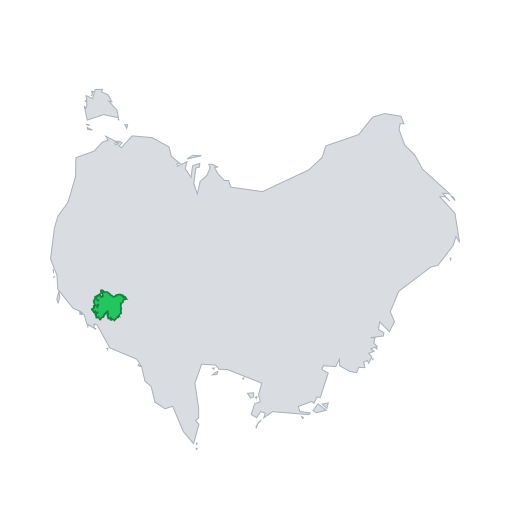 Central Highlands (Qld), Queensland, Australia (highlighted), rotated 173°
{"feature_id": "25037944B88333903625107", "entity_name": "Central Highlands (Qld)", "entity_type": "district", "adm_level": 2, "iso_a3": "AUS", "parent_name": "Australia", "parent_adm1": "Queensland", "projection": "albers", "projection_center": [148.529, -24.063], "detail": "fine", "context": "in_parent", "style": "filled", "palette": "green", "viewbox_px": 512, "rotation_deg": 173, "n_neighbors": 0, "source": "geoboundaries", "source_scale": "gbopen_adm2", "svg_char_len": 9206}
<svg xmlns="http://www.w3.org/2000/svg" viewBox="0 0 512 512"><g transform="rotate(173 256 256)"><path d="M349.6,90.7L357.0,117.0L364.9,115.5L374.1,123.2L376.0,139.5L381.4,145.0L383.0,160.2L386.9,168.1L412.3,182.6L422.1,206.9L424.9,208.2L425.4,203.9L430.8,208.3L431.6,206.2L433.7,218.5L436.9,222.3L443.8,226.2L456.8,247.3L455.9,261.2L460.3,278.0L452.6,308.7L447.7,319.7L436.1,332.2L425.4,356.9L422.8,375.5L403.8,379.9L394.5,387.9L388.7,388.7L390.5,393.2L381.2,386.7L382.5,385.1L381.8,383.5L380.2,383.5L377.2,386.4L374.9,384.7L378.5,381.9L376.4,379.9L364.3,390.3L344.8,386.2L329.0,374.8L327.9,365.3L320.3,357.1L323.3,357.2L323.1,354.6L313.0,358.0L315.6,351.3L310.9,342.1L308.0,353.1L300.5,354.8L301.4,351.1L304.9,350.8L308.9,335.7L306.7,324.7L302.4,336.8L295.1,341.8L290.6,349.3L291.7,352.7L288.6,352.5L283.3,349.1L286.4,348.8L283.6,342.1L278.1,334.8L274.0,334.2L272.6,327.4L241.7,319.1L193.0,335.1L178.4,345.7L173.3,356.8L139.3,364.0L123.4,379.6L110.9,381.7L95.1,377.1L93.1,369.2L96.8,369.7L98.6,364.1L94.9,347.9L86.1,336.9L80.2,322.0L55.9,293.8L63.2,295.6L56.9,286.7L61.0,291.9L66.3,292.4L53.3,274.1L52.3,244.7L55.2,250.9L59.1,242.3L76.5,224.6L83.9,223.7L118.6,203.6L129.5,184.4L126.6,173.8L132.8,164.7L141.3,175.5L143.4,168.2L138.4,164.3L139.2,161.1L152.0,160.9L147.9,160.4L149.7,155.2L146.7,151.5L153.4,149.8L150.4,147.1L156.0,145.7L153.3,141.6L157.3,135.7L158.2,138.7L162.1,137.6L161.5,131.9L167.5,133.0L170.4,127.9L177.0,130.1L186.3,136.8L185.8,143.4L190.4,136.5L202.5,138.9L204.4,135.2L198.6,131.0L209.5,107.6L212.4,108.7L216.5,102.7L218.4,104.8L232.4,101.5L231.4,96.3L221.4,93.6L222.8,92.1L258.4,99.5L268.0,94.5L265.9,99.0L270.4,101.0L275.1,95.4L280.0,99.3L275.4,109.4L269.5,110.8L270.4,117.8L265.9,129.2L298.1,146.7L306.5,148.1L309.4,152.7L323.2,155.2L332.1,137.3L331.5,112.0L332.6,102.4L336.0,100.0L333.1,95.9L340.9,77.3L349.6,90.7ZM375.6,409.9L390.0,414.9L407.0,411.4L408.2,426.0L407.0,423.3L405.3,426.4L405.0,435.9L399.0,432.1L395.3,440.8L388.0,440.2L389.4,437.8L383.0,433.8L380.3,426.5L383.2,427.7L376.2,417.6L375.6,409.9ZM205.1,94.4L215.0,93.1L218.4,95.5L212.5,101.7L205.1,94.4ZM297.9,362.2L312.6,360.6L306.5,363.6L297.9,362.2ZM278.7,115.6L281.2,120.8L274.9,120.5L275.6,116.5L278.7,115.6ZM456.0,244.9L455.8,238.6L458.2,233.5L459.0,237.3L456.0,244.9ZM402.9,400.9L407.7,402.1L407.9,404.1L402.9,400.9ZM204.3,96.1L208.5,100.9L202.1,101.4L204.3,96.1ZM370.2,402.4L367.4,401.9L368.8,398.4L370.2,402.4ZM313.7,143.3L310.9,145.1L308.0,146.2L309.2,143.1L313.7,143.3ZM55.5,292.4L52.6,290.0L51.7,287.3L52.0,287.1L55.5,292.4ZM406.8,406.1L408.7,407.5L405.1,406.4L406.8,406.1ZM435.7,219.4L437.8,219.4L437.8,222.2L435.7,219.4ZM383.7,160.0L386.3,161.6L385.9,162.6L383.7,160.0ZM398.9,437.2L399.1,439.6L397.3,438.9L398.9,437.2ZM459.0,263.7L459.0,267.1L458.8,267.0L459.0,263.7ZM230.3,91.1L228.5,89.9L229.5,89.0L230.3,91.1ZM276.6,86.8L274.4,89.7L276.9,84.8L276.6,86.8ZM459.4,259.5L458.4,260.6L459.1,259.4L459.4,259.5ZM284.3,135.9L283.0,136.6L283.6,135.2L284.3,135.9ZM273.9,115.9L272.2,116.3L273.1,114.5L273.9,115.9ZM63.5,227.9L63.5,230.1L62.8,230.2L63.5,227.9ZM337.9,76.2L337.9,78.1L337.2,76.8L337.9,76.2ZM380.2,384.4L380.6,385.5L380.1,385.2L380.2,384.4ZM273.8,90.5L270.7,92.7L273.9,90.0L273.8,90.5ZM153.1,138.9L152.1,140.4L152.6,138.8L153.1,138.9ZM399.9,435.5L399.0,436.0L399.5,435.1L399.9,435.5ZM312.7,149.9L310.9,149.9L311.8,148.8L312.7,149.9ZM148.3,149.7L147.5,150.5L147.2,148.9L148.3,149.7ZM406.6,430.6L405.4,431.3L405.8,430.0L406.6,430.6ZM338.8,71.2L338.7,72.5L337.7,71.9L338.8,71.2ZM379.5,385.9L380.8,387.0L378.7,386.7L379.5,385.9ZM415.3,182.5L414.2,182.6L414.6,181.1L415.3,182.5ZM424.4,203.7L423.8,203.7L424.3,202.5L424.4,203.7ZM376.2,408.2L375.8,409.0L375.5,407.9L376.2,408.2Z" fill="#d9dde1" stroke="#a8b0b8" stroke-width="1"/><path d="M425.0,221.9L424.4,221.4L424.4,221.2L424.2,221.2L424.0,220.8L423.9,220.7L424.0,220.0L423.9,219.8L423.7,219.7L423.1,219.9L422.6,220.3L422.3,219.7L423.0,219.3L422.6,218.6L422.2,218.8L422.2,219.0L421.9,219.3L421.8,219.2L421.5,219.2L421.4,218.9L421.1,218.9L421.0,218.3L422.2,218.0L422.3,218.1L422.6,217.8L422.5,217.0L422.4,216.8L422.0,216.9L422.2,216.0L422.0,215.9L421.8,216.0L421.8,215.7L421.7,215.6L421.9,215.4L421.9,215.0L422.1,214.5L422.1,214.3L421.4,214.0L421.1,214.3L419.9,214.6L419.7,214.5L419.7,214.3L419.8,214.2L419.7,213.9L419.2,213.4L419.1,213.2L419.1,212.7L419.0,212.3L418.9,212.0L418.7,212.0L418.5,211.8L418.1,211.8L418.1,212.0L417.7,212.5L417.2,212.9L416.8,213.7L416.0,213.9L415.9,213.8L415.2,213.8L415.0,214.1L414.5,214.2L414.4,214.6L414.6,214.6L414.6,214.8L414.8,214.9L414.8,215.1L414.5,215.4L414.2,215.5L414.2,215.9L413.9,215.9L413.9,216.1L413.6,216.1L413.4,216.0L413.2,216.2L413.1,216.4L413.3,216.8L413.3,217.2L412.9,217.4L412.6,217.1L412.4,217.1L412.4,217.4L412.2,217.5L412.1,217.4L412.0,217.1L411.7,217.1L411.6,217.3L411.7,217.5L411.4,217.7L411.3,217.9L411.6,218.1L411.4,218.2L411.1,218.5L410.9,218.5L410.9,218.9L410.7,219.2L410.5,219.3L410.4,219.2L410.2,219.4L409.8,219.4L409.8,218.9L410.3,218.5L410.0,217.8L410.2,217.4L410.0,217.1L409.5,216.9L409.6,216.4L410.4,215.8L410.2,215.7L410.8,214.8L410.3,214.5L410.2,214.5L410.4,214.0L410.6,213.2L410.4,213.2L410.4,212.8L410.1,212.9L410.0,212.7L409.9,212.3L410.0,211.8L409.1,211.7L407.7,212.6L407.4,212.1L407.2,211.8L407.7,211.3L407.8,211.0L408.0,211.0L408.2,210.8L408.2,210.5L407.9,210.1L406.8,210.2L406.7,210.7L406.2,210.8L405.9,210.7L405.5,210.5L405.0,210.2L404.9,209.9L404.6,209.7L404.5,209.3L404.3,209.5L404.2,209.8L403.4,210.0L403.2,210.5L402.7,210.8L402.5,210.7L402.2,210.9L401.8,211.6L401.2,211.9L401.2,212.2L400.8,212.2L400.8,212.3L400.6,212.4L400.4,212.2L400.2,212.0L400.1,212.3L400.0,212.8L399.8,212.8L399.7,212.9L399.8,213.1L399.7,213.3L399.2,213.0L399.4,213.5L399.0,213.7L399.0,214.1L398.9,214.2L398.5,214.6L398.1,214.9L397.6,215.4L396.9,215.4L396.7,215.6L396.7,216.0L397.0,216.4L396.9,216.6L397.0,216.9L396.9,216.9L397.0,217.2L396.7,217.6L396.7,218.2L396.6,218.4L396.7,218.5L396.7,218.4L396.8,218.5L396.9,219.1L396.7,219.3L396.3,219.4L396.2,219.7L396.3,219.9L396.1,220.1L396.2,220.4L396.1,220.6L396.2,220.8L396.1,221.6L396.1,221.9L396.4,222.1L396.5,222.4L396.4,222.6L396.5,223.4L396.2,223.8L395.9,223.9L395.8,224.2L395.9,224.3L396.0,224.6L395.9,224.7L396.0,224.9L395.9,225.2L396.0,225.5L395.2,225.6L394.8,225.8L394.5,225.9L394.4,226.1L394.0,226.3L393.6,226.4L393.6,226.9L393.5,227.0L393.4,227.4L393.4,227.8L393.1,228.2L392.8,228.3L392.7,228.7L392.2,228.8L392.1,229.1L391.7,229.1L391.4,229.3L391.3,228.9L390.9,228.8L390.6,229.1L390.4,229.1L390.0,229.3L389.7,229.2L390.0,229.7L390.3,230.1L390.7,230.9L390.9,231.0L390.7,231.2L391.0,231.5L391.5,231.6L391.5,231.9L391.7,232.0L391.8,232.0L392.0,231.6L392.3,231.6L392.5,231.6L392.7,231.2L392.9,231.3L393.0,231.3L393.1,231.8L393.5,232.1L393.6,232.5L393.4,232.6L393.2,232.9L393.0,233.1L392.9,233.3L393.2,233.6L395.1,233.7L395.1,234.1L395.6,234.1L395.6,234.5L397.2,234.6L397.4,234.5L397.5,234.3L397.9,234.4L398.1,234.3L398.5,234.4L399.1,234.4L399.4,233.9L399.4,233.7L399.5,233.8L399.7,233.7L399.9,233.7L399.9,233.9L400.1,233.9L400.2,233.7L400.8,233.5L400.8,233.2L401.1,233.2L401.7,232.7L401.9,232.7L402.1,232.8L402.3,232.7L402.6,232.7L402.6,232.9L402.9,233.2L403.2,233.4L403.6,233.7L403.5,234.0L403.9,234.4L404.1,234.4L404.4,234.6L405.0,234.7L405.2,235.1L405.2,235.5L405.4,235.9L405.6,236.0L405.8,236.2L406.1,236.7L406.5,236.6L406.8,236.8L406.9,237.1L407.4,237.6L407.4,237.8L407.5,238.1L408.0,238.3L408.5,238.5L409.0,238.6L410.2,238.5L410.5,238.8L411.0,238.9L411.2,239.2L411.4,238.9L411.6,238.8L411.8,239.0L412.0,238.9L412.2,239.2L411.8,239.6L411.8,240.1L412.9,240.9L413.3,240.9L413.4,241.0L413.6,241.0L414.1,240.9L414.2,240.4L414.2,240.2L414.4,239.9L414.3,239.6L414.1,239.5L414.1,239.4L414.4,239.2L414.2,238.9L413.9,238.7L413.9,238.3L413.4,238.3L413.4,238.0L413.2,237.8L413.2,237.5L413.3,237.4L413.0,237.1L412.8,236.5L412.7,235.8L412.8,235.6L412.8,235.9L412.9,235.7L412.9,235.3L413.1,234.9L413.3,234.9L413.2,234.7L413.4,234.7L413.2,234.5L414.0,233.9L414.3,234.0L414.6,234.3L415.0,234.3L415.0,234.5L415.1,234.9L415.2,235.5L415.4,235.7L415.6,235.8L415.5,236.1L415.7,236.4L415.6,236.7L415.4,237.0L415.7,237.1L415.7,237.3L416.2,237.0L416.4,236.7L416.5,236.4L416.5,236.2L416.5,235.8L416.9,235.9L417.0,236.3L417.4,236.5L417.5,236.3L417.5,235.8L417.9,235.9L418.1,235.6L418.4,235.5L418.8,235.8L419.2,235.8L419.3,235.5L419.2,235.2L419.3,235.0L419.2,234.7L419.4,234.6L419.4,234.2L419.7,234.0L419.8,233.6L420.0,233.5L420.1,233.2L420.6,233.3L420.6,234.5L420.7,234.4L420.8,234.5L420.8,233.4L421.0,233.1L421.3,233.0L422.2,231.9L422.3,231.5L422.1,231.2L422.2,230.6L422.7,230.6L422.4,229.5L422.5,229.3L422.4,229.0L422.4,228.9L422.3,228.1L421.6,227.2L421.4,226.3L421.6,226.2L423.2,226.4L423.3,226.2L423.2,225.5L422.8,225.2L423.1,224.5L423.4,224.5L423.4,224.0L423.7,224.1L423.9,224.0L424.1,223.8L424.2,223.3L425.5,223.4L425.5,223.2L425.5,222.7L425.1,222.4L425.0,221.9ZM419.8,224.3L419.9,224.5L419.8,226.3L419.5,226.9L418.5,227.2L418.3,226.7L418.8,226.1L418.8,225.9L419.8,224.3ZM418.0,231.6L417.9,231.3L418.5,231.4L418.4,231.3L418.4,231.1L418.8,231.3L418.6,231.7L418.0,231.6ZM422.5,220.8L422.1,220.8L422.1,220.4L422.6,220.4L422.7,220.6L422.5,220.8ZM419.8,219.5L419.9,219.1L420.2,219.1L420.1,219.6L419.8,219.5Z" fill="#22c55e" stroke="#15803d" stroke-width="1.5"/></g></svg>